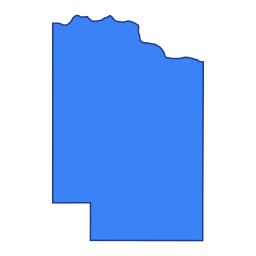 the district of Cedar, Nebraska, United States of America
{"feature_id": "52423323B30279886112519", "entity_name": "Cedar", "entity_type": "district", "adm_level": 2, "iso_a3": "USA", "parent_name": "United States of America", "parent_adm1": "Nebraska", "projection": "mercator", "projection_center": [-97.262, 42.61], "detail": "fine", "context": "isolated", "style": "filled", "palette": "blue", "viewbox_px": 256, "rotation_deg": 0, "n_neighbors": 0, "source": "geoboundaries", "source_scale": "gbopen_adm2", "svg_char_len": 1023}
<svg xmlns="http://www.w3.org/2000/svg" viewBox="0 0 256 256"><path d="M90.4,240.4L202.7,240.6L202.7,203.0L203.3,62.0L200.4,61.7L198.7,61.1L197.7,60.1L191.6,58.3L187.3,57.4L185.3,57.3L182.9,57.7L180.9,58.3L177.5,58.6L175.9,58.5L172.6,58.6L166.2,57.5L165.2,56.4L164.4,54.5L164.4,53.6L164.0,52.5L162.0,49.6L160.0,47.2L156.9,45.4L155.8,44.7L154.8,44.3L153.2,44.0L151.1,43.8L148.2,43.1L144.1,42.8L142.7,42.4L141.0,41.2L140.5,40.6L140.0,39.6L139.7,36.4L139.4,35.2L138.5,33.1L138.4,32.3L138.6,26.2L138.2,25.2L134.0,22.8L132.1,22.0L128.6,21.0L127.6,21.0L126.0,21.7L122.4,22.3L115.4,21.0L111.5,16.5L110.0,15.7L109.3,15.8L108.6,16.5L106.4,17.6L104.3,18.1L103.7,18.4L103.0,19.2L102.3,19.7L100.5,20.4L98.9,20.8L93.0,21.3L92.3,21.1L90.1,19.7L88.0,17.7L87.5,16.7L82.0,17.1L80.3,16.9L78.6,15.6L77.4,15.4L75.8,15.8L74.6,16.4L72.6,18.5L72.0,19.8L71.9,20.5L69.8,22.7L67.5,24.6L66.5,25.0L63.3,25.1L62.0,24.7L61.2,24.1L60.3,23.7L57.5,23.2L52.8,23.2L52.7,202.8L90.5,202.7L90.4,240.4Z" fill="#3b82f6" stroke="#1e3a8a" stroke-width="1.5"/></svg>